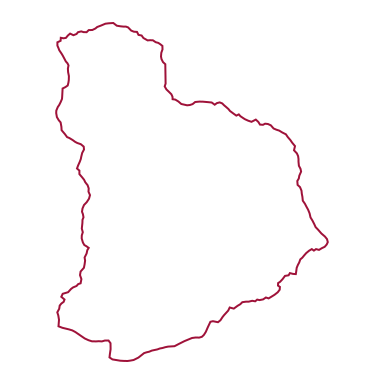 Itatinga, São Paulo, Brazil (orthographic projection)
{"feature_id": "56859067B26400224178841", "entity_name": "Itatinga", "entity_type": "district", "adm_level": 2, "iso_a3": "BRA", "parent_name": "Brazil", "parent_adm1": "São Paulo", "projection": "orthographic", "projection_center": [-48.634, -23.143], "detail": "fine", "context": "isolated", "style": "outline", "palette": "rose", "viewbox_px": 384, "rotation_deg": 0, "n_neighbors": 0, "source": "geoboundaries", "source_scale": "gbopen_adm2", "svg_char_len": 3725}
<svg xmlns="http://www.w3.org/2000/svg" viewBox="0 0 384 384"><path d="M277.7,292.3L279.7,289.7L279.9,286.9L278.0,285.6L278.1,283.1L280.1,281.8L282.6,279.1L285.0,275.9L288.6,275.3L289.9,273.1L293.0,273.9L295.8,274.1L296.2,271.6L296.7,267.8L297.9,264.9L299.2,262.5L300.3,259.4L302.3,257.7L304.1,255.5L306.2,253.1L309.1,250.7L311.8,249.1L313.9,250.6L316.0,249.1L319.0,249.9L321.8,248.2L324.7,246.8L326.7,244.5L327.8,242.1L327.0,239.1L324.9,236.5L321.4,233.5L318.0,229.6L315.6,227.1L314.2,224.0L312.4,220.5L310.5,217.4L309.6,213.4L308.1,209.7L306.4,206.6L304.9,203.7L302.8,200.7L302.4,196.8L301.8,193.7L301.5,190.7L300.0,187.1L297.6,184.9L297.3,181.0L298.8,178.5L299.3,175.7L301.1,171.6L300.5,168.8L298.9,165.8L298.5,161.7L298.5,159.0L298.1,156.1L296.9,153.4L294.0,150.3L295.0,146.1L292.1,142.6L290.4,140.1L287.8,137.1L285.9,134.3L282.3,132.5L279.2,130.6L276.4,129.7L273.6,128.5L270.8,125.3L267.9,124.0L265.1,123.7L263.0,124.8L260.0,124.6L258.3,121.9L255.8,119.6L251.5,121.8L248.2,120.7L244.9,119.2L242.9,117.9L240.4,116.2L238.8,114.4L236.3,115.6L233.5,113.6L230.0,111.0L228.4,109.0L225.9,106.8L224.1,105.3L222.2,103.4L219.7,102.4L216.9,103.1L214.7,104.7L211.7,102.5L207.6,102.1L203.1,101.7L199.5,101.6L195.2,102.0L192.6,104.1L189.9,105.0L187.1,105.3L184.9,104.8L181.3,104.0L178.4,101.5L175.3,99.6L172.6,99.2L172.5,96.8L171.4,94.3L169.1,92.0L166.4,89.4L164.7,86.4L165.6,83.6L165.3,64.2L163.0,62.1L161.5,59.1L161.0,56.5L161.3,52.8L162.5,49.4L162.4,45.9L160.4,44.3L158.3,42.9L155.7,42.2L152.9,40.3L149.9,40.2L147.6,40.4L143.4,38.0L141.6,35.5L138.5,34.9L137.0,31.9L133.9,31.7L131.2,30.6L128.1,27.4L125.9,26.6L123.4,26.6L120.5,26.3L116.8,25.7L113.3,23.0L108.7,23.3L105.4,23.7L100.9,25.6L97.2,27.0L95.4,28.5L92.3,30.0L88.7,30.1L86.6,32.2L83.5,32.1L81.2,31.4L78.0,32.2L76.5,34.0L73.4,35.2L70.1,33.6L67.9,35.5L65.9,37.9L63.5,38.3L60.8,37.8L60.6,40.8L57.4,42.3L57.4,45.6L58.4,47.9L59.3,50.3L61.6,53.7L62.8,55.7L64.5,58.9L65.8,61.4L67.5,63.3L68.5,65.4L67.9,68.6L68.1,72.1L68.9,76.1L68.8,80.0L68.4,82.7L67.7,85.5L65.4,87.1L62.6,88.5L62.2,96.3L62.0,98.9L60.7,102.0L59.2,105.0L57.8,107.0L56.3,110.6L56.2,113.1L56.9,117.1L58.8,120.3L60.6,122.4L61.4,126.8L61.6,130.2L64.9,134.1L67.1,137.1L69.3,138.0L72.6,140.0L75.2,141.9L77.3,143.0L80.8,144.2L83.7,146.6L84.0,149.5L82.2,152.9L81.3,156.5L80.8,159.0L79.8,161.7L78.1,165.5L77.0,168.5L79.4,170.6L79.4,174.1L82.2,177.4L84.1,179.8L85.3,182.3L87.6,185.2L88.7,188.4L88.5,191.7L90.0,195.1L89.0,198.7L86.7,202.2L84.0,205.0L82.5,208.5L82.0,211.7L82.9,214.1L83.5,217.3L82.5,219.8L82.4,223.0L81.8,228.6L82.8,232.2L81.8,235.4L81.7,238.4L82.9,242.5L84.3,245.0L86.5,246.3L88.7,247.9L87.3,250.2L86.6,253.5L84.6,257.5L85.1,260.6L84.6,264.3L83.9,267.8L80.6,271.5L80.0,275.1L81.4,279.1L80.6,283.3L78.2,284.1L76.5,286.0L73.1,287.4L71.1,288.9L68.1,292.2L62.7,293.8L61.3,296.8L64.5,299.5L63.7,301.8L61.3,303.6L59.7,305.6L59.2,308.8L57.3,312.3L58.3,315.5L59.0,319.8L58.5,326.3L62.4,327.8L69.0,329.4L72.3,330.4L75.3,332.0L84.8,338.5L88.5,340.2L91.9,341.3L96.1,341.4L98.7,341.2L101.9,341.4L105.0,340.5L108.5,340.5L110.5,343.2L110.6,349.2L109.9,354.0L109.5,357.4L112.4,359.4L120.2,360.7L123.5,360.9L127.5,361.0L130.3,360.6L133.6,360.0L138.4,357.6L144.1,353.1L146.6,352.3L149.2,351.7L151.8,350.6L157.4,349.4L159.8,348.5L162.5,348.0L165.2,347.2L168.1,346.6L174.5,346.2L179.1,343.8L184.5,341.1L192.0,338.0L195.7,337.5L199.2,337.6L201.9,336.8L203.9,334.9L205.8,331.9L207.7,327.5L210.4,321.8L212.9,321.2L218.0,322.2L220.4,320.3L222.5,317.1L224.0,315.2L228.2,310.6L229.7,307.5L233.8,308.6L237.6,305.8L240.3,304.2L242.3,302.2L245.8,301.7L248.5,301.7L252.2,300.8L255.2,301.3L257.2,299.6L259.5,300.1L263.1,299.4L265.9,297.5L268.6,298.4L271.1,296.9L274.5,294.8L277.7,292.3Z" fill="none" stroke="#9f1239" stroke-width="2"/></svg>